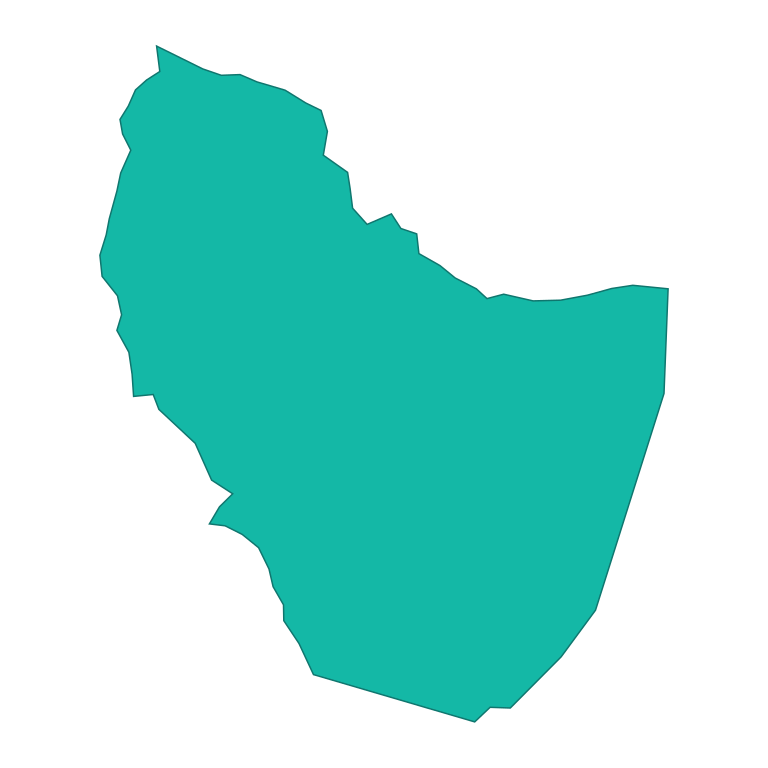 the district of Rafael Godeiro, Rio Grande do Norte, Brazil
{"feature_id": "56859067B3347721544463", "entity_name": "Rafael Godeiro", "entity_type": "district", "adm_level": 2, "iso_a3": "BRA", "parent_name": "Brazil", "parent_adm1": "Rio Grande do Norte", "projection": "albers", "projection_center": [-37.744, -6.066], "detail": "fine", "context": "isolated", "style": "filled", "palette": "teal", "viewbox_px": 768, "rotation_deg": 0, "n_neighbors": 0, "source": "geoboundaries", "source_scale": "gbopen_adm2", "svg_char_len": 985}
<svg xmlns="http://www.w3.org/2000/svg" viewBox="0 0 768 768"><path d="M595.5,610.2L664.0,393.5L668.1,288.8L632.8,285.3L611.7,288.5L587.4,295.2L560.5,300.2L533.1,300.9L503.7,294.2L487.0,298.6L476.3,288.8L455.2,278.0L440.0,265.6L418.9,253.6L416.7,233.9L400.9,228.5L391.4,213.9L367.1,224.4L352.6,208.2L350.1,188.5L347.6,172.4L323.3,155.2L327.4,131.4L321.1,110.5L305.6,102.9L285.1,90.2L257.0,81.9L240.0,74.6L221.3,75.3L202.7,68.9L180.9,58.1L156.6,46.1L159.8,71.5L146.6,80.0L135.5,89.9L128.3,106.1L120.0,119.4L122.6,134.0L130.8,150.2L120.7,173.0L116.9,191.1L109.3,218.7L106.2,234.9L99.9,255.2L102.1,276.4L117.5,295.8L121.6,314.8L116.9,330.4L128.9,352.3L132.1,374.2L133.6,396.4L153.2,394.5L158.9,409.4L195.2,443.3L211.6,480.1L232.7,493.8L219.5,506.8L209.4,523.9L225.1,525.8L242.2,534.4L258.6,547.7L269.0,569.0L273.1,586.7L283.5,604.8L283.8,620.7L299.0,643.5L313.5,674.6L474.7,721.9L490.1,707.3L510.3,708.0L561.1,656.9L595.5,610.2Z" fill="#14b8a6" stroke="#0f766e" stroke-width="1.5"/></svg>